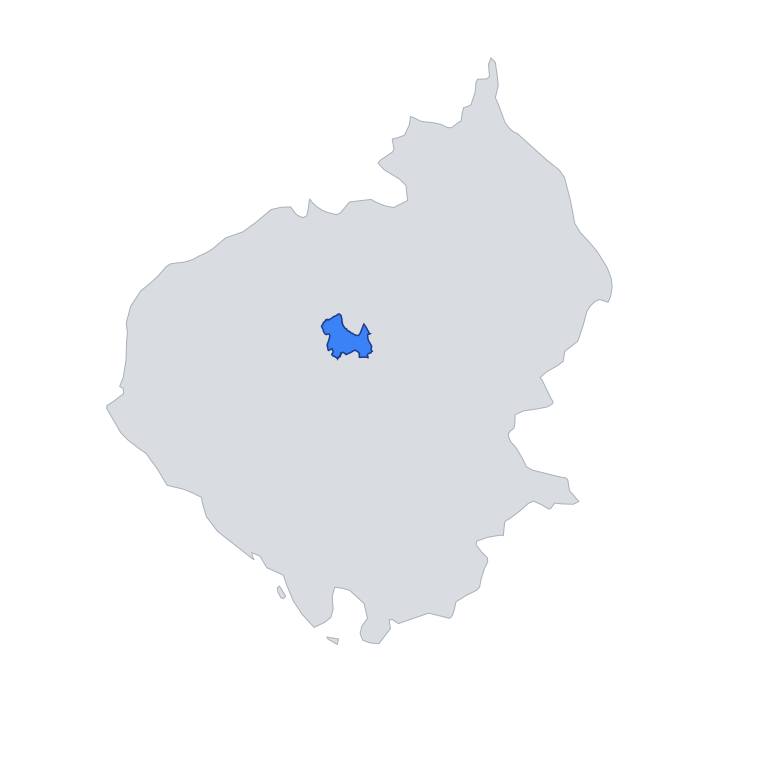 location of Prasat Ballangk, Kâmpóng Thum, Cambodia, rotated 332°
{"feature_id": "14789045B6687253744380", "entity_name": "Prasat Ballangk", "entity_type": "district", "adm_level": 2, "iso_a3": "KHM", "parent_name": "Cambodia", "parent_adm1": "Kâmpóng Thum", "projection": "robinson", "projection_center": [104.812, 13.075], "detail": "fine", "context": "in_parent", "style": "filled", "palette": "blue", "viewbox_px": 768, "rotation_deg": 332, "n_neighbors": 0, "source": "geoboundaries", "source_scale": "gbopen_adm2", "svg_char_len": 7867}
<svg xmlns="http://www.w3.org/2000/svg" viewBox="0 0 768 768"><g transform="rotate(332 384 384)"><path d="M631.6,146.3L633.2,152.4L629.1,163.9L624.8,174.4L616.7,183.5L616.3,190.3L613.6,210.3L614.7,216.7L616.6,222.2L619.2,225.1L626.3,244.8L632.8,262.6L639.2,277.3L640.3,286.6L634.6,310.1L627.8,331.7L628.4,342.5L631.4,353.3L634.5,367.6L635.7,386.0L634.1,398.0L631.0,405.4L625.2,413.1L620.1,417.0L613.9,410.5L609.0,410.2L602.5,412.1L597.3,415.1L586.8,426.3L575.2,437.2L559.1,440.0L552.8,448.1L546.1,449.2L533.3,449.6L525.0,451.5L525.4,455.6L524.7,474.8L524.9,479.3L523.6,480.5L517.9,481.0L508.1,478.1L494.8,473.3L485.4,472.6L480.6,481.0L477.7,484.2L474.1,484.7L470.4,486.2L469.1,489.9L468.8,494.6L470.7,502.6L471.3,515.3L470.9,523.9L474.3,529.4L494.6,547.8L500.6,552.4L501.2,555.2L497.7,565.2L500.9,579.2L494.6,579.0L484.0,572.9L478.9,569.2L472.8,572.2L470.7,571.6L466.5,564.7L461.1,557.6L455.5,557.2L443.7,560.0L431.7,561.9L427.1,561.9L425.3,563.2L418.3,573.7L415.3,571.9L403.2,567.9L392.1,566.3L389.8,569.0L391.2,577.6L393.6,586.0L392.2,589.6L386.1,594.0L378.1,601.9L373.1,608.1L369.7,609.6L357.5,609.3L345.3,610.1L340.4,615.9L335.8,620.5L331.9,621.7L315.9,607.3L284.3,602.3L280.8,595.9L277.8,594.7L274.9,603.0L257.5,610.9L250.2,606.1L244.9,600.3L245.7,593.2L250.7,587.4L259.3,583.2L263.4,568.7L256.8,550.0L251.0,544.6L245.0,540.3L238.6,547.2L233.2,559.1L227.5,565.2L219.6,566.6L208.0,566.1L203.5,548.4L202.1,533.1L203.7,515.8L205.4,505.5L194.3,491.3L193.7,477.8L188.3,470.9L186.7,474.4L186.9,478.3L185.3,475.5L167.8,435.9L164.9,417.5L167.9,403.3L169.7,398.6L164.6,391.2L157.5,382.7L144.9,371.6L144.1,354.1L141.3,333.4L137.5,326.4L131.8,313.7L128.7,303.2L127.7,275.3L129.3,273.0L138.2,272.2L149.7,270.2L151.5,265.7L149.5,262.0L156.9,255.7L167.4,241.9L175.6,227.4L181.5,218.3L185.0,209.2L196.8,196.4L213.1,187.5L224.2,185.5L235.7,182.4L246.8,178.1L252.0,177.7L265.7,182.9L273.1,184.3L280.9,184.2L288.9,184.7L296.0,184.2L312.8,180.6L330.6,183.4L346.5,181.2L366.2,177.0L375.9,179.6L384.7,183.8L385.9,192.3L387.9,196.2L390.9,199.2L394.8,199.2L399.8,193.3L404.0,187.1L405.4,186.0L405.6,189.0L407.7,195.6L411.4,202.2L415.2,206.5L421.5,212.2L425.7,212.5L439.1,207.1L459.3,215.0L461.7,218.9L468.2,226.9L475.3,232.7L491.0,233.1L496.6,218.9L493.9,210.3L484.9,195.3L482.4,186.4L485.3,184.8L500.5,183.1L503.0,181.4L506.3,171.6L510.4,172.7L518.9,174.0L527.8,167.3L533.0,160.3L535.9,163.5L539.1,168.4L542.5,171.3L549.0,175.5L556.0,181.4L560.4,187.3L563.9,189.5L573.0,187.9L575.4,188.1L580.6,181.1L584.3,177.2L587.4,178.3L592.0,178.2L601.4,169.2L606.7,161.0L609.7,158.8L618.1,162.9L621.5,162.0L626.4,150.7L631.6,146.3ZM197.6,525.0L195.9,526.0L194.2,526.0L192.6,524.4L192.7,518.0L194.0,514.1L196.8,513.3L197.6,525.0ZM224.0,587.7L220.5,592.0L214.8,583.1L214.9,580.7L224.0,587.7Z" fill="#d9dde1" stroke="#a8b0b8" stroke-width="1"/><path d="M389.0,349.5L388.9,349.0L388.9,348.8L388.7,348.4L388.6,348.1L388.9,347.5L389.0,347.1L389.2,346.8L389.5,346.5L390.0,346.0L390.4,345.5L390.8,344.9L390.9,344.6L390.8,343.1L390.8,342.5L390.8,342.2L390.8,341.3L390.7,339.9L390.6,339.2L390.8,338.4L390.9,337.7L391.0,337.2L391.0,336.6L391.1,336.3L391.3,335.9L391.8,334.8L391.7,334.8L391.9,334.4L392.1,333.9L392.2,333.6L392.4,333.2L392.5,333.1L392.8,332.9L393.0,332.7L393.4,332.6L393.5,332.5L393.9,332.9L394.4,333.1L394.6,333.1L395.3,333.1L395.0,332.8L394.8,331.9L394.8,331.5L394.9,330.3L394.9,329.8L394.8,328.9L394.7,328.7L394.7,328.4L394.7,327.9L394.9,327.2L394.9,326.9L394.8,326.4L394.8,325.3L394.7,324.4L394.7,323.8L394.4,321.7L393.4,322.4L393.1,322.6L392.1,323.6L391.6,323.9L391.2,324.3L390.3,325.1L390.0,325.3L388.1,326.9L387.3,327.5L386.9,327.9L385.4,328.9L385.1,328.9L384.4,329.0L383.3,328.7L383.0,328.6L382.7,328.3L382.3,328.0L381.8,327.4L381.2,326.6L380.6,325.7L379.9,324.8L379.9,324.5L379.8,324.3L379.6,324.1L379.4,324.0L379.1,323.7L378.9,323.2L378.7,322.9L378.6,322.7L378.6,322.4L378.5,322.1L378.3,322.1L378.3,321.4L378.1,321.2L377.6,320.7L377.2,320.1L377.1,319.9L376.9,319.7L376.8,319.4L376.7,319.4L376.7,318.9L376.7,318.6L376.8,318.3L376.8,317.8L376.8,317.6L376.7,317.4L376.4,317.3L376.0,316.8L375.8,316.5L375.7,316.1L375.6,315.8L375.6,315.2L375.6,314.8L375.6,314.6L375.6,314.4L375.3,313.6L375.5,313.3L375.4,313.0L375.5,312.9L375.6,312.6L375.6,312.3L375.6,312.2L375.6,311.7L375.5,311.4L375.5,310.8L375.6,310.5L376.1,310.2L376.3,309.8L376.3,309.7L376.2,309.3L376.1,308.9L376.1,308.7L376.4,308.4L376.9,307.9L377.0,307.7L377.1,307.4L377.2,307.2L377.3,307.0L377.4,306.8L377.4,306.5L377.5,306.1L377.5,305.9L377.7,305.3L377.8,305.0L378.1,304.1L378.2,303.8L378.1,302.9L377.8,302.1L377.7,302.0L377.5,301.4L377.3,301.0L377.1,300.9L376.8,300.8L376.5,300.8L374.8,301.0L374.6,301.0L373.6,301.2L373.3,301.2L372.7,301.1L371.9,300.9L371.6,300.8L368.6,301.3L366.8,301.4L366.6,301.5L365.9,301.6L365.5,301.4L365.3,301.3L365.2,301.3L365.2,301.2L365.1,300.9L365.0,300.7L364.9,300.7L364.7,300.5L364.5,300.3L364.3,300.3L364.2,300.3L363.8,300.4L363.7,300.4L363.7,300.6L363.4,300.6L363.2,300.6L363.0,300.4L363.0,300.5L362.8,300.4L362.7,300.3L362.5,300.5L362.2,300.6L361.7,300.6L361.5,300.8L361.3,301.1L361.1,301.3L360.4,301.2L360.2,301.2L359.9,301.1L359.7,301.1L359.4,301.2L359.2,301.3L359.0,301.5L358.8,302.0L358.3,302.4L357.9,302.7L357.7,302.8L357.4,302.8L357.1,302.9L356.7,303.2L355.9,303.7L355.8,304.7L355.8,305.1L355.9,307.2L355.7,307.6L355.5,308.2L355.3,309.2L355.3,309.6L355.3,310.7L355.4,311.4L355.5,311.9L355.6,312.3L355.7,312.6L355.9,312.9L356.1,313.1L356.3,313.2L356.8,313.4L358.6,313.8L358.8,313.9L358.9,314.1L359.0,314.6L359.0,315.1L358.9,315.9L358.8,316.1L358.6,316.4L357.5,317.5L357.1,318.0L356.7,318.5L355.7,319.5L355.1,320.1L354.3,320.8L353.5,321.3L353.3,321.7L353.2,321.8L352.9,322.2L352.7,322.3L352.1,322.9L351.9,323.1L351.8,323.3L351.9,323.5L351.7,323.9L351.7,324.5L351.7,325.0L351.4,325.3L351.2,326.0L351.0,326.5L350.9,326.6L350.9,326.8L350.6,327.9L350.7,328.2L350.7,328.3L350.8,328.4L351.0,328.5L351.4,328.5L352.7,328.4L354.3,328.3L354.6,328.3L354.8,328.4L354.8,328.5L354.5,329.2L354.4,329.7L354.3,329.9L354.4,330.2L354.4,330.9L354.4,331.3L354.3,331.6L354.0,332.1L353.7,332.3L352.5,332.8L352.1,333.1L351.9,333.2L351.8,333.3L351.7,333.4L351.7,333.8L352.0,334.8L352.2,335.3L352.4,335.6L352.7,335.8L353.6,337.0L353.9,337.4L353.9,337.6L354.1,337.9L354.4,338.7L354.5,339.1L354.6,339.4L354.7,339.6L354.8,339.7L354.8,340.0L355.2,339.6L355.3,339.4L355.3,339.2L355.6,339.0L355.7,339.6L355.8,339.6L356.0,339.4L356.0,339.2L356.2,338.9L356.3,338.8L356.5,338.8L356.7,339.0L356.8,339.1L356.9,339.3L357.0,339.3L357.3,339.3L357.7,339.3L357.8,339.0L358.0,338.7L358.4,339.0L358.5,339.0L358.6,338.9L358.7,338.7L358.6,338.4L359.0,338.2L359.3,338.1L359.3,337.9L359.2,337.8L359.1,337.6L359.3,337.5L359.5,337.6L359.8,337.5L359.8,337.4L359.6,337.2L359.9,336.7L360.1,336.8L360.1,337.0L360.2,337.4L360.5,337.3L360.4,337.2L360.3,336.8L360.4,336.7L360.5,336.6L360.6,336.4L360.8,336.4L361.9,336.5L362.1,336.5L362.6,336.8L362.9,337.0L363.1,337.4L363.3,337.6L363.5,338.0L363.7,338.5L364.0,339.6L364.3,340.2L364.6,340.3L364.8,340.3L365.9,340.3L368.2,340.4L368.4,340.5L370.3,340.5L371.5,340.4L371.8,340.5L372.1,340.4L372.8,340.4L373.6,340.4L373.8,340.5L374.3,340.5L374.9,341.5L375.2,341.8L375.6,342.6L375.8,342.9L376.1,343.5L376.3,344.1L376.4,344.5L376.6,344.8L376.7,345.1L376.7,345.4L376.3,345.6L376.2,345.8L376.0,346.1L376.1,346.3L375.9,346.6L375.9,346.8L375.9,347.0L375.8,347.3L375.7,347.5L375.4,347.7L375.2,347.8L375.1,348.1L374.9,348.3L375.0,348.5L374.9,348.8L374.9,349.0L375.0,349.1L376.1,349.5L378.9,350.9L379.3,351.1L380.6,351.8L381.2,352.0L381.8,352.6L382.0,353.2L382.1,353.3L382.3,353.3L382.5,353.0L382.7,351.5L382.8,351.0L383.2,350.4L383.5,350.2L384.0,350.0L384.3,349.9L384.5,349.9L385.1,349.8L385.3,349.9L386.1,350.1L386.5,350.2L386.7,350.3L387.0,350.3L387.3,350.3L387.4,350.2L387.5,350.1L387.8,349.8L387.9,349.7L388.6,349.5L388.9,349.5L389.0,349.5Z" fill="#3b82f6" stroke="#1e3a8a" stroke-width="1.5"/></g></svg>